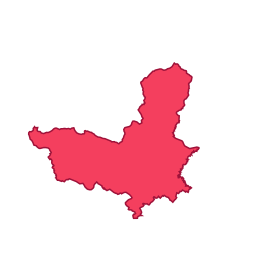 outline of Chawang, Nakhon Si Thammarat, Thailand, rotated 299°
{"feature_id": "78962969B73992602803930", "entity_name": "Chawang", "entity_type": "district", "adm_level": 2, "iso_a3": "THA", "parent_name": "Thailand", "parent_adm1": "Nakhon Si Thammarat", "projection": "albers", "projection_center": [99.536, 8.499], "detail": "fine", "context": "isolated", "style": "filled", "palette": "rose", "viewbox_px": 256, "rotation_deg": 299, "n_neighbors": 0, "source": "geoboundaries", "source_scale": "gbopen_adm2", "svg_char_len": 5846}
<svg xmlns="http://www.w3.org/2000/svg" viewBox="0 0 256 256"><g transform="rotate(299 128 128)"><path d="M204.3,152.6L205.5,152.0L206.3,151.1L205.6,148.8L205.8,147.4L205.4,146.1L206.0,144.6L206.6,144.1L206.9,142.4L207.5,141.8L207.9,140.8L207.9,139.9L206.9,138.6L207.2,137.0L203.0,136.8L200.5,135.5L199.0,133.9L197.3,133.0L195.9,131.4L195.7,128.5L195.1,127.3L191.7,123.7L190.4,123.4L189.9,122.3L185.0,120.9L181.3,120.3L180.8,119.9L180.3,118.6L178.7,118.0L176.1,117.9L174.7,117.1L173.6,117.3L170.5,120.9L169.9,122.0L168.3,122.5L167.4,123.9L165.9,124.3L164.7,125.1L164.4,125.9L163.3,127.2L163.3,128.2L161.6,128.7L159.7,128.5L158.1,130.7L157.8,130.7L157.5,130.1L156.4,130.6L155.5,128.9L154.7,129.2L154.2,128.8L151.9,128.1L150.7,128.4L148.8,128.1L146.1,133.2L144.5,134.8L143.8,136.5L142.8,136.5L141.2,136.0L139.2,137.6L136.9,136.1L137.6,132.9L137.0,129.9L136.3,128.9L134.1,128.9L132.7,129.4L130.2,128.7L126.8,125.1L124.7,125.0L123.1,126.3L122.6,127.3L121.1,128.3L119.7,128.2L117.0,128.8L115.2,128.6L113.9,129.4L112.8,129.1L111.8,128.2L110.0,127.8L109.7,127.3L109.9,125.1L109.3,123.5L109.5,122.8L108.0,120.4L108.3,119.5L107.5,113.0L106.7,111.1L106.4,108.3L105.5,106.0L105.6,102.7L106.2,101.5L106.2,98.9L106.5,98.4L105.9,96.8L105.7,94.1L105.1,93.6L105.0,91.9L104.5,91.5L104.1,91.5L102.7,92.5L101.5,92.4L101.0,91.3L99.8,90.3L99.0,87.7L98.9,85.4L100.1,82.6L101.9,80.5L100.6,78.9L99.0,78.0L98.8,76.3L97.3,74.4L97.3,73.7L96.7,73.0L96.7,72.3L96.0,71.8L94.8,69.7L93.5,68.9L93.2,65.5L92.6,64.4L91.3,63.5L88.9,62.8L86.4,61.3L85.3,60.3L84.6,58.8L82.3,57.0L81.6,54.7L82.3,52.9L81.5,51.2L81.5,50.3L82.2,49.4L84.6,48.8L83.4,46.9L83.4,46.2L83.8,45.7L81.7,45.3L80.4,46.1L79.7,46.2L77.8,45.2L77.1,43.7L75.7,43.5L74.3,44.2L73.6,45.2L70.7,48.0L70.5,49.8L69.2,51.9L67.4,54.0L68.0,56.3L67.3,58.1L67.1,60.0L67.4,60.9L70.0,63.7L71.0,65.5L71.8,67.8L71.5,69.6L70.7,70.3L69.4,72.7L68.5,72.7L67.7,72.2L67.4,72.9L65.9,73.0L63.9,72.3L63.4,73.0L62.6,75.0L63.5,75.4L62.8,77.2L60.9,78.0L60.1,78.7L59.4,80.3L59.6,80.6L59.3,81.3L58.6,81.4L57.8,80.8L56.6,81.0L56.2,83.3L55.1,83.7L55.0,84.4L53.6,84.6L52.8,86.1L52.6,87.3L51.9,88.2L51.3,88.1L51.3,88.6L50.2,89.1L49.4,88.9L49.4,89.6L48.7,90.2L48.1,91.6L48.7,92.7L49.1,95.7L50.0,96.1L49.9,97.4L50.4,98.0L50.3,98.4L52.5,98.9L53.3,99.5L53.6,100.6L54.3,100.6L54.5,101.1L55.2,101.4L56.1,108.7L55.8,112.9L57.7,115.4L56.5,117.8L55.7,118.8L54.9,121.5L54.9,122.7L55.5,124.7L56.4,125.9L58.6,126.7L59.8,126.7L61.2,126.0L63.5,126.1L63.9,126.5L65.5,126.7L65.5,127.6L64.7,129.1L64.9,130.1L64.7,133.3L63.9,133.8L63.4,135.3L63.7,135.8L63.0,135.7L62.9,136.7L63.6,137.3L63.1,138.2L63.3,139.1L63.1,139.9L65.6,141.8L64.8,146.8L64.9,148.8L65.3,149.9L65.0,151.2L66.0,152.2L67.1,152.6L67.6,153.4L67.3,154.2L69.7,155.8L70.8,157.4L70.5,161.6L69.6,164.3L68.9,165.3L68.0,165.2L65.5,163.2L62.3,162.2L61.3,162.0L60.2,162.8L59.4,164.4L59.0,167.4L57.0,167.7L56.9,168.6L57.7,169.9L58.0,171.2L57.5,171.9L57.9,174.6L57.3,175.2L56.9,176.0L55.5,175.4L55.5,174.9L54.1,174.6L52.7,175.6L51.7,176.7L53.6,180.0L54.8,179.6L55.5,179.7L57.2,180.9L58.1,182.4L58.2,180.9L58.8,180.6L60.1,181.0L61.0,180.7L62.7,178.6L63.4,177.2L64.2,177.3L66.6,179.1L68.2,179.4L68.6,179.1L68.7,177.8L69.1,177.7L69.6,178.3L70.1,180.5L71.0,181.4L70.7,183.0L71.1,183.8L73.9,184.1L75.6,185.1L78.3,185.6L79.4,184.0L80.3,184.0L80.6,184.7L80.1,186.0L80.6,187.1L81.5,187.7L83.0,187.7L82.3,190.2L85.6,191.1L85.5,192.0L86.6,192.3L86.4,195.0L86.8,196.9L86.1,198.6L85.2,199.8L85.4,200.8L84.8,203.2L87.9,203.7L88.5,204.1L90.8,204.3L91.3,203.0L95.0,202.1L95.1,203.8L95.9,204.1L97.8,204.2L97.8,204.8L98.6,205.5L100.1,205.7L100.2,207.1L99.9,209.4L100.8,209.5L100.9,211.8L102.1,211.6L102.5,211.2L104.1,211.3L104.7,211.8L106.4,212.5L106.7,211.0L106.1,210.6L105.9,210.7L106.7,208.4L106.4,207.9L106.0,208.0L105.7,207.4L106.0,207.3L105.3,206.6L106.3,206.4L106.3,206.1L106.7,206.1L106.8,205.5L107.1,205.6L107.5,204.8L107.9,204.7L108.0,204.2L107.6,204.2L107.6,203.9L108.3,203.8L107.3,202.6L108.0,203.0L108.4,202.7L109.1,203.1L109.2,202.1L108.6,201.9L108.8,201.3L109.5,201.5L109.8,201.3L109.7,201.7L110.7,201.2L111.3,199.6L110.1,199.3L110.8,198.7L110.8,197.8L111.2,197.1L110.5,196.7L110.3,197.0L109.2,196.7L108.9,196.1L109.7,195.4L110.4,195.8L110.6,194.9L110.9,195.1L111.4,194.9L111.7,195.8L112.1,195.6L113.2,196.3L114.2,194.8L114.9,195.4L114.9,194.1L116.1,194.9L117.3,195.2L117.3,194.1L117.6,193.9L118.1,195.2L119.1,194.8L119.6,195.4L120.4,194.7L121.4,195.1L120.9,194.6L122.0,193.9L122.6,194.4L123.0,194.3L123.4,195.4L124.3,196.1L124.9,195.9L125.6,196.3L126.6,195.8L127.3,196.3L127.5,195.9L128.3,196.1L128.3,195.8L128.0,195.8L128.2,195.5L129.2,195.6L129.2,194.8L129.8,195.6L129.9,194.8L132.1,194.4L133.2,195.0L133.5,196.0L134.3,195.6L135.3,195.7L135.3,196.7L136.0,195.9L136.7,196.1L137.4,195.7L137.9,196.7L138.5,196.4L138.6,197.1L139.6,196.7L139.2,197.7L140.0,197.8L140.6,198.7L141.1,198.7L141.1,199.4L142.0,199.1L142.4,199.4L142.9,199.0L143.0,199.5L143.5,199.8L144.8,199.9L145.2,199.5L144.7,197.5L139.9,191.9L139.8,186.5L140.5,185.1L142.5,182.5L142.9,181.4L142.0,174.6L142.2,174.3L142.1,173.5L142.6,171.8L143.4,172.3L143.7,171.8L144.1,171.9L144.7,170.5L145.1,170.5L145.5,169.4L146.2,169.9L147.0,169.6L147.7,169.6L148.0,170.0L148.5,169.4L149.4,169.4L150.5,169.7L150.8,168.9L152.3,169.5L152.8,169.0L152.7,168.5L153.6,168.3L154.1,168.6L156.1,168.6L156.7,169.3L157.3,169.4L157.4,170.0L158.2,169.9L158.7,169.2L159.4,169.4L159.7,168.7L163.5,166.9L163.3,165.7L163.9,163.9L164.6,163.0L165.2,162.8L166.3,163.1L166.7,163.5L168.0,164.0L169.7,165.7L171.0,165.3L171.5,166.4L172.9,165.9L175.2,166.5L176.1,166.0L176.4,165.2L179.0,163.6L180.6,163.8L181.8,164.7L186.2,165.1L187.8,163.4L189.4,163.1L191.5,162.1L192.5,162.3L193.1,161.5L194.4,161.1L195.1,160.1L195.9,160.0L196.3,159.5L198.9,160.3L199.6,160.2L199.9,160.5L203.5,159.3L203.9,158.2L203.9,156.4L204.2,156.0L204.3,152.6Z" fill="#f43f5e" stroke="#9f1239" stroke-width="1.5"/></g></svg>